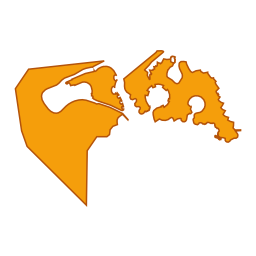 66, Ad Dawhah, Qatar (orthographic projection)
{"feature_id": "91078587B46503062575408", "entity_name": "66", "entity_type": "district", "adm_level": 2, "iso_a3": "QAT", "parent_name": "Qatar", "parent_adm1": "Ad Dawhah", "projection": "orthographic", "projection_center": [51.544, 25.36], "detail": "fine", "context": "isolated", "style": "filled", "palette": "amber", "viewbox_px": 256, "rotation_deg": 0, "n_neighbors": 0, "source": "geoboundaries", "source_scale": "gbopen_adm2", "svg_char_len": 5794}
<svg xmlns="http://www.w3.org/2000/svg" viewBox="0 0 256 256"><path d="M27.1,146.4L86.4,205.2L87.2,150.7L96.8,136.7L106.9,136.7L109.5,134.6L110.1,129.7L112.9,126.3L117.4,124.6L117.1,122.3L117.1,120.0L117.9,118.0L119.2,116.7L122.0,114.6L123.1,114.8L127.9,119.9L128.0,119.6L122.6,113.5L110.0,107.4L98.6,103.6L96.7,104.0L94.7,103.0L86.1,100.2L82.3,99.7L78.7,100.0L74.7,101.0L71.7,102.3L68.6,104.1L66.0,106.2L60.9,111.3L58.4,112.8L56.4,113.2L53.7,112.9L50.7,111.3L48.3,109.1L44.2,103.7L42.1,99.8L41.5,96.3L41.8,94.4L42.5,92.6L45.4,89.7L47.5,88.6L56.6,85.0L58.9,83.2L61.8,80.1L64.5,78.1L74.4,74.4L82.9,69.4L86.0,68.3L91.6,67.1L92.7,67.2L93.3,66.5L104.2,60.9L28.6,69.2L15.4,88.7L21.6,130.8L27.1,146.4ZM147.3,75.4L147.6,72.4L144.6,70.1L144.6,69.8L149.1,65.1L151.5,62.0L162.9,52.5L163.5,51.8L163.1,51.2L161.8,50.8L157.4,50.9L156.7,51.2L156.3,52.2L123.8,78.9L124.6,82.4L124.5,86.2L124.8,88.5L125.3,89.9L126.7,92.0L130.6,94.7L130.0,97.4L130.8,99.1L132.6,99.7L135.1,98.6L135.9,98.9L136.5,99.6L136.4,101.5L134.8,103.6L135.0,105.6L136.4,106.7L139.1,106.6L140.2,107.5L140.2,108.8L139.2,110.2L139.0,111.3L139.1,112.4L140.3,113.7L141.5,114.0L142.8,113.7L143.9,112.9L145.0,111.2L145.8,111.3L146.0,111.8L147.6,111.1L147.6,110.7L148.7,110.6L149.2,110.2L149.5,109.6L149.1,109.2L150.0,107.9L149.8,106.2L149.0,106.4L146.8,102.6L146.0,100.9L145.2,97.3L145.2,95.3L147.8,95.6L149.1,91.5L147.1,90.5L147.8,89.5L149.0,87.9L151.7,85.7L152.9,87.7L155.5,86.7L155.0,84.5L158.2,84.1L160.8,84.5L163.6,85.5L162.6,87.4L166.2,90.5L167.5,89.5L168.5,91.2L169.6,94.5L169.7,97.9L169.6,98.8L168.7,98.6L168.0,100.9L169.3,101.4L167.5,104.5L164.1,107.3L163.1,105.3L161.1,106.3L161.3,106.8L156.8,108.1L153.8,110.6L153.1,112.4L153.2,114.8L154.1,119.1L155.2,121.8L159.4,119.0L162.1,120.2L165.4,120.4L168.1,119.6L170.6,117.8L171.5,117.5L172.2,117.7L173.0,118.3L174.1,121.0L177.6,118.8L180.3,118.4L181.0,118.6L181.2,120.2L182.6,121.6L184.2,121.8L185.5,121.3L186.5,119.8L187.3,115.0L189.5,113.4L190.0,113.8L190.8,113.6L191.9,112.3L190.4,109.1L191.1,107.4L191.1,106.5L190.7,106.6L189.7,106.1L188.1,104.5L187.9,103.1L188.4,101.1L190.0,98.6L192.2,96.8L195.0,95.8L198.2,95.9L201.1,97.0L203.8,99.7L205.0,102.7L205.1,105.5L204.4,108.0L202.2,111.0L200.3,112.3L196.0,113.2L194.6,114.2L194.2,115.1L194.3,117.8L193.3,118.9L193.1,119.8L193.7,122.5L194.2,123.5L195.3,124.2L197.5,124.7L198.7,123.8L199.0,123.1L200.1,122.7L201.8,122.9L202.6,123.9L203.3,123.8L204.1,124.3L204.3,124.0L205.2,124.2L205.7,124.0L205.7,123.6L206.5,123.4L207.1,122.5L207.5,122.4L208.9,122.5L210.9,123.4L211.5,123.2L212.1,123.5L213.0,123.0L214.1,123.3L214.7,124.0L214.7,124.8L215.1,125.1L214.8,125.9L215.4,126.6L215.4,127.2L216.4,127.6L217.1,128.5L217.6,128.2L218.3,128.6L219.1,130.3L219.1,131.2L218.4,131.8L218.3,132.7L217.8,132.9L217.7,133.2L218.1,133.9L217.7,134.4L217.7,134.8L218.2,134.8L218.4,135.1L218.2,136.5L217.7,136.6L215.6,135.5L215.1,135.6L214.9,136.4L215.6,136.9L215.3,137.3L216.1,137.7L216.3,137.4L219.0,138.9L218.8,139.3L219.5,139.7L219.7,139.3L220.7,139.6L221.0,138.9L218.8,137.3L219.1,136.8L220.5,137.5L223.3,137.7L225.2,138.4L225.2,140.3L225.9,141.4L226.9,142.0L228.3,142.1L229.8,141.2L230.4,140.1L234.0,138.2L236.1,138.2L237.6,137.0L237.9,135.0L237.6,134.1L235.4,131.0L240.6,130.6L240.6,129.9L235.7,130.0L235.1,129.9L233.4,128.4L233.1,127.8L233.5,125.6L233.6,122.3L230.2,121.4L227.7,120.0L228.5,117.4L225.3,116.4L223.6,115.1L223.1,114.3L225.3,110.7L222.5,109.5L220.8,107.6L222.4,105.4L223.5,103.2L221.2,102.4L218.8,100.6L218.3,99.5L220.0,97.0L218.1,95.6L217.8,94.6L218.5,94.4L217.9,93.3L217.0,93.6L216.2,92.0L216.1,91.2L218.9,88.3L216.0,84.4L215.3,82.7L215.4,82.0L216.0,81.4L213.7,78.9L213.5,77.8L212.0,78.1L210.7,77.5L207.7,73.3L207.7,72.2L203.5,73.1L200.8,71.5L200.4,70.1L196.0,70.8L192.5,72.5L191.7,72.2L190.6,71.4L188.8,68.7L186.6,64.1L186.1,61.9L183.8,61.5L181.0,61.6L179.5,62.8L179.2,63.5L179.0,66.0L179.6,68.7L182.2,74.1L182.4,75.8L182.2,77.7L178.8,83.1L177.2,83.7L176.1,83.5L174.8,82.8L172.0,80.0L167.7,77.4L166.9,76.3L166.9,73.5L167.9,69.8L168.2,69.8L170.0,67.3L172.5,65.9L173.5,63.6L175.0,62.4L175.2,59.4L174.6,58.2L174.4,58.4L174.9,59.6L174.7,62.1L174.4,62.6L173.1,62.9L170.7,61.7L170.8,58.1L171.4,57.0L172.7,56.5L175.7,57.4L174.7,56.7L172.5,56.2L171.5,56.5L170.8,57.2L170.4,59.2L166.8,59.5L163.7,58.9L161.7,62.8L160.5,63.7L159.9,63.0L158.9,63.1L157.4,62.2L157.2,65.7L156.6,66.2L155.8,65.9L155.6,66.7L153.9,66.7L154.6,69.0L153.1,69.4L152.9,70.2L150.9,70.3L149.7,70.1L150.4,71.9L151.6,73.9L151.2,74.5L150.4,74.2L149.8,74.9L149.9,79.2L149.4,79.4L147.3,75.4ZM113.7,70.6L111.2,68.2L109.3,67.1L106.8,66.4L103.4,66.5L101.3,67.1L98.4,68.6L96.3,70.7L95.1,71.4L94.6,71.3L94.2,70.6L94.2,71.3L93.7,71.6L85.3,73.5L72.0,79.2L72.2,79.6L66.4,82.2L65.9,82.7L65.9,83.4L67.0,84.0L67.8,83.4L67.2,82.9L68.0,82.6L69.0,82.8L70.4,84.6L70.5,85.5L70.0,85.8L72.3,85.2L74.8,84.9L74.9,85.3L82.5,82.1L84.7,82.0L87.0,82.5L89.8,84.3L91.2,86.5L92.2,90.8L92.0,92.9L91.5,93.6L92.0,93.8L91.6,94.5L91.6,96.5L91.8,95.5L92.8,96.2L93.0,97.6L92.8,97.9L92.2,97.6L93.9,99.1L96.9,100.6L110.6,105.2L121.7,110.5L122.4,110.5L123.5,109.9L123.7,108.7L123.6,108.4L123.6,109.1L122.5,109.1L121.6,107.8L121.8,106.8L122.4,106.3L123.1,106.4L123.2,106.9L123.5,106.8L122.5,103.3L122.3,103.4L122.5,104.1L121.1,104.2L120.0,103.3L119.7,102.3L120.0,101.1L120.5,100.4L121.2,100.3L121.5,101.1L121.8,101.0L120.1,97.4L119.9,97.5L120.3,98.2L118.9,98.5L117.6,97.6L117.2,96.4L117.7,94.8L118.2,94.5L118.6,95.2L118.9,95.0L117.2,92.9L117.1,93.2L117.4,93.5L116.7,93.9L115.8,94.0L115.9,93.4L115.6,93.2L115.5,94.0L113.4,94.1L112.2,92.9L111.5,91.4L111.4,88.9L112.3,87.0L113.3,86.4L114.2,86.4L114.5,86.5L114.6,88.0L114.7,86.1L115.4,83.2L116.1,81.3L116.9,80.1L116.7,80.0L116.0,81.0L115.4,80.8L114.6,80.1L113.8,78.5L113.9,76.3L114.3,75.4L115.5,74.8L116.6,75.7L113.7,70.6Z" fill="#f59e0b" stroke="#b45309" stroke-width="1.5"/></svg>